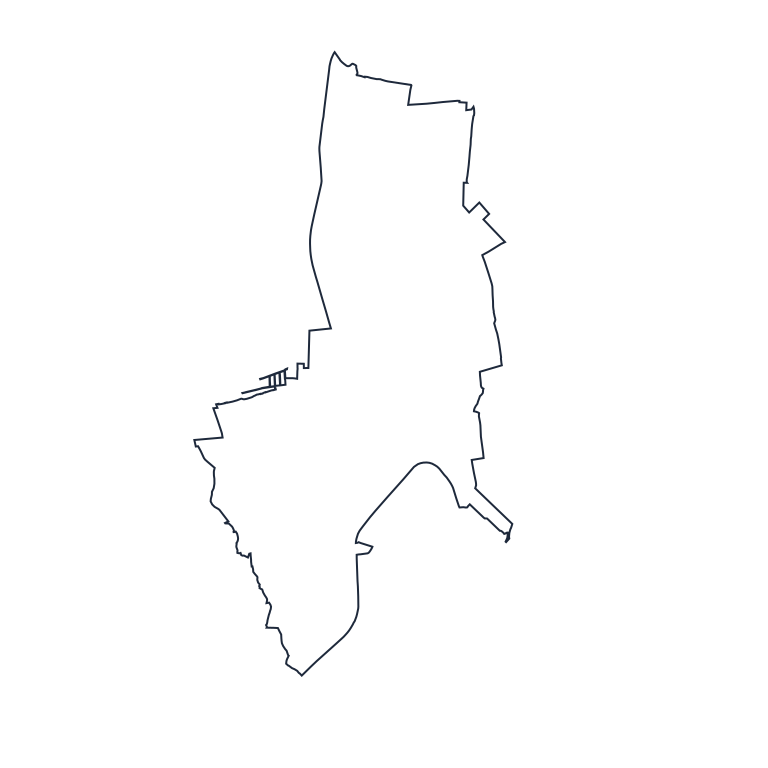 the district of Bacau, Bacau, Romania, rotated 197°
{"feature_id": "2599482B93672222813431", "entity_name": "Bacau", "entity_type": "district", "adm_level": 2, "iso_a3": "ROU", "parent_name": "Romania", "parent_adm1": "Bacau", "projection": "albers", "projection_center": [26.916, 46.564], "detail": "fine", "context": "isolated", "style": "outline", "palette": "slate", "viewbox_px": 768, "rotation_deg": 197, "n_neighbors": 0, "source": "geoboundaries", "source_scale": "gbopen_adm2", "svg_char_len": 6126}
<svg xmlns="http://www.w3.org/2000/svg" viewBox="0 0 768 768"><g transform="rotate(197 384 384)"><path d="M276.8,436.3L277.9,438.5L279.7,442.7L279.8,443.7L283.4,451.5L285.4,455.8L287.7,460.3L290.5,465.4L292.9,468.8L296.4,474.3L296.2,477.2L296.3,478.0L297.1,479.6L297.8,480.6L300.1,484.8L300.2,485.5L301.3,487.6L302.2,489.7L303.9,494.9L306.1,500.7L308.0,506.3L309.0,509.1L310.5,511.7L316.1,519.9L323.3,530.2L326.9,534.8L327.7,536.0L322.7,541.1L313.0,552.2L309.8,555.1L337.0,570.4L333.2,577.4L345.9,585.4L352.7,572.9L360.4,577.7L366.6,599.8L363.3,600.7L363.7,601.0L364.2,602.1L364.7,603.9L365.1,607.5L367.0,618.2L368.7,626.2L369.9,631.6L371.1,638.0L372.6,643.7L373.0,646.4L374.7,653.5L375.7,658.4L376.8,666.3L376.6,667.2L376.5,667.3L376.9,669.5L378.4,673.6L379.5,675.3L380.6,672.1L385.4,669.9L387.3,677.2L394.3,675.5L394.6,676.8L396.6,676.3L410.3,670.8L417.5,667.7L425.2,664.5L442.5,658.0L444.8,673.0L445.1,677.6L445.5,677.9L468.7,674.5L471.4,674.3L474.9,674.3L476.7,674.4L480.2,673.4L486.0,672.8L489.5,672.8L492.1,672.3L492.1,671.7L496.0,671.8L499.3,671.5L500.1,671.3L500.6,671.6L500.2,673.2L500.5,674.2L503.0,678.3L503.2,678.8L503.5,680.0L504.4,680.6L507.1,681.1L507.9,681.0L508.4,680.4L509.7,678.4L510.3,677.9L511.2,677.4L512.2,677.3L512.9,677.4L515.7,678.4L518.3,679.5L520.6,680.8L521.0,681.3L528.2,686.9L528.6,685.7L529.0,683.4L529.4,680.0L529.4,677.3L529.2,674.1L529.0,671.9L528.3,668.3L521.5,629.3L520.0,621.7L519.7,618.6L519.2,614.9L515.1,591.9L514.7,590.4L513.9,588.0L507.7,572.3L503.0,559.8L502.6,557.5L502.4,555.6L500.3,526.1L499.3,514.1L498.8,509.8L497.8,504.3L496.9,500.4L495.8,496.7L494.5,492.9L493.3,489.5L491.8,486.0L490.1,482.4L487.0,476.7L480.4,466.4L477.5,462.1L467.2,446.3L460.6,436.3L454.4,426.7L451.0,421.6L470.9,413.2L461.0,377.2L465.3,375.8L466.6,379.9L472.7,378.2L471.4,374.1L471.1,373.4L470.6,371.0L468.6,363.6L471.4,363.2L473.2,362.8L480.0,360.7L482.7,367.9L482.2,368.9L481.1,369.7L481.2,370.4L482.5,369.3L482.9,368.8L483.2,368.0L484.1,367.3L490.5,362.6L501.0,354.5L504.0,352.7L503.7,352.3L501.2,354.0L487.5,364.4L483.1,367.5L480.2,359.7L479.6,358.8L478.0,354.5L482.7,352.4L484.9,358.8L486.2,362.4L487.1,364.5L487.4,364.3L486.6,362.1L483.0,352.3L487.5,350.4L491.4,361.2L491.6,361.0L487.8,350.2L488.1,349.9L492.0,348.1L494.0,353.5L495.5,358.1L495.8,357.9L492.5,348.0L499.5,344.5L500.6,343.6L505.4,340.7L514.3,335.5L514.6,335.2L516.8,334.0L516.6,333.8L506.7,339.7L505.2,340.5L500.1,343.7L499.4,344.2L487.9,349.7L487.0,348.0L486.5,348.2L485.9,347.1L488.1,345.7L488.2,345.8L489.7,345.0L494.9,341.3L495.1,341.5L496.1,340.7L496.9,340.0L497.2,339.4L497.7,339.1L497.8,339.2L499.1,338.3L499.3,338.5L501.2,337.3L502.5,336.7L504.1,335.1L505.0,334.4L506.2,333.0L507.1,332.3L510.9,329.7L513.2,328.5L513.9,328.3L515.8,328.3L516.4,328.1L519.8,325.4L523.8,322.8L528.5,320.2L528.8,320.5L530.6,319.4L530.4,319.1L533.9,317.2L536.1,316.2L536.4,316.7L538.6,315.5L536.3,312.5L540.1,310.9L532.5,300.6L525.6,290.9L524.6,289.4L522.7,285.6L549.0,275.0L545.7,269.2L543.6,270.1L541.9,268.5L539.5,266.1L534.6,260.6L533.0,259.4L530.0,258.0L521.4,254.3L521.2,251.0L520.9,249.8L519.9,246.8L518.5,243.8L517.0,239.0L516.4,234.5L517.0,230.6L516.2,227.7L516.0,223.6L515.5,221.1L513.1,218.6L510.1,217.0L505.7,216.0L504.5,215.5L492.7,207.1L495.4,204.6L495.0,204.3L491.6,205.2L487.6,203.2L486.3,202.0L485.1,200.6L484.6,199.8L484.6,199.2L484.7,198.7L484.5,198.4L483.8,198.7L482.7,199.5L480.8,198.0L479.2,195.4L478.4,193.7L478.1,192.2L478.1,190.5L478.6,188.7L478.2,188.3L478.0,186.8L477.7,185.4L477.3,184.6L475.5,182.2L475.2,181.1L475.2,180.6L474.8,179.6L472.7,179.8L471.8,180.5L470.4,178.6L469.0,178.5L467.8,179.0L463.4,178.3L463.2,182.3L462.1,183.0L461.3,180.8L459.7,177.0L459.1,175.1L457.2,170.8L456.5,171.1L455.0,168.5L454.1,166.1L452.0,164.6L448.9,162.7L448.5,162.1L447.9,159.6L447.5,159.0L446.3,157.3L444.2,155.9L444.1,155.3L444.3,154.3L443.7,153.9L443.4,153.4L443.4,152.5L442.2,152.1L440.4,151.9L439.6,150.8L438.6,149.3L436.1,146.9L434.3,145.5L433.1,144.3L432.7,143.5L432.5,142.6L432.3,140.1L430.0,141.3L428.0,139.6L426.9,138.0L426.5,135.6L426.6,133.6L426.5,132.0L426.6,129.5L426.3,123.9L426.0,122.2L425.9,121.0L425.9,120.1L426.3,119.0L425.1,117.7L424.8,117.1L424.9,116.7L417.4,118.8L414.1,119.6L412.1,117.4L409.1,114.4L407.8,110.8L406.8,108.3L405.8,106.2L403.8,103.9L401.0,101.6L399.2,100.5L396.6,96.9L396.2,96.5L395.7,96.3L396.3,92.3L396.3,90.6L395.8,87.9L393.5,86.8L392.5,86.7L388.9,85.4L386.2,85.1L383.1,84.3L381.1,82.9L379.8,82.5L377.4,81.1L371.2,92.5L367.3,99.4L353.3,122.6L348.7,130.4L347.5,132.9L346.3,135.5L345.3,138.1L344.4,141.2L343.5,145.0L343.2,147.0L342.7,148.5L342.4,153.3L342.5,156.1L343.0,161.7L343.4,163.5L346.6,173.5L349.8,182.8L351.7,187.8L359.0,208.9L360.2,212.7L358.4,213.6L356.6,214.3L350.1,217.3L349.3,218.2L349.0,218.8L348.4,220.5L347.8,222.7L347.5,224.6L347.5,225.0L359.9,225.1L362.0,225.3L362.8,224.5L364.4,223.7L364.8,225.3L365.1,228.1L365.1,233.1L364.6,235.7L364.3,236.9L362.5,241.9L358.4,252.6L355.2,260.1L347.5,277.2L337.5,298.9L331.1,313.5L328.1,317.3L325.8,319.0L323.4,320.3L320.3,321.4L317.6,321.9L314.7,321.9L311.3,321.2L308.9,320.5L306.3,319.2L299.8,314.7L296.7,312.9L292.7,309.8L290.7,308.1L288.8,306.2L287.5,304.7L281.4,295.7L276.7,289.1L275.7,288.0L274.9,288.3L272.1,289.4L269.5,289.8L269.1,290.0L268.4,290.3L268.2,290.7L267.9,291.8L266.8,294.0L250.1,285.6L248.5,284.9L246.1,285.5L230.3,277.5L229.8,277.7L229.0,277.7L228.2,277.5L226.1,276.5L225.2,275.8L224.2,276.5L223.5,277.4L222.8,277.9L222.4,278.0L221.1,274.2L221.3,274.1L221.1,272.6L221.6,268.8L221.0,268.5L219.0,272.8L219.5,273.8L219.9,274.9L220.5,277.8L220.6,278.6L220.7,282.2L220.5,282.8L220.4,284.4L220.4,287.7L266.3,310.9L266.3,314.1L266.9,315.8L267.7,317.5L271.9,325.1L276.3,333.6L277.9,337.0L267.1,342.3L269.3,347.6L275.9,361.9L279.7,372.6L280.9,375.3L283.8,380.8L284.3,382.7L284.5,383.9L284.8,384.1L286.1,384.3L287.9,384.4L290.0,384.2L290.3,385.6L290.3,387.3L289.9,389.5L288.9,392.5L289.0,394.5L288.8,397.5L288.7,400.5L288.3,401.1L287.6,402.3L286.9,404.1L287.1,405.7L287.5,407.2L287.5,408.6L289.3,409.0L290.3,409.9L291.0,411.2L291.7,413.2L294.7,420.3L295.9,423.7L276.8,436.3Z" fill="none" stroke="#1e293b" stroke-width="2"/></g></svg>